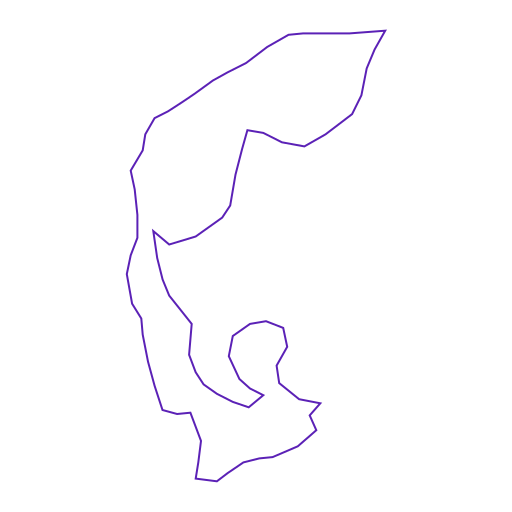 the district of Santalaris, Cyprus
{"feature_id": "46923920B66935539070734", "entity_name": "Santalaris", "entity_type": "district", "adm_level": 2, "iso_a3": "CYP", "parent_name": "Cyprus", "parent_adm1": "", "projection": "natural_earth1", "projection_center": [33.807, 35.206], "detail": "fine", "context": "isolated", "style": "outline", "palette": "violet", "viewbox_px": 512, "rotation_deg": 0, "n_neighbors": 0, "source": "geoboundaries", "source_scale": "gbopen_adm2", "svg_char_len": 1086}
<svg xmlns="http://www.w3.org/2000/svg" viewBox="0 0 512 512"><path d="M320.3,403.3L299.1,399.2L279.2,383.1L276.6,365.6L287.2,346.8L283.2,327.9L266.0,321.2L250.0,323.9L232.8,336.0L228.8,356.2L239.4,379.0L250.0,388.5L263.3,395.2L248.7,407.3L232.8,401.9L216.9,393.8L203.6,384.4L195.7,372.3L189.1,354.8L191.7,323.9L169.2,295.6L162.6,279.5L157.2,258.0L153.3,231.1L169.2,244.5L195.7,236.5L222.2,217.6L230.2,205.5L235.5,174.6L242.1,149.0L247.4,130.2L263.3,132.9L281.9,142.3L304.4,146.4L325.6,134.3L352.1,114.1L361.4,95.3L366.7,68.4L374.6,49.5L385.2,30.7L349.5,33.4L328.2,33.4L303.1,33.4L288.5,34.8L267.3,46.9L246.1,63.0L227.5,72.4L212.9,80.5L194.4,93.9L182.4,102.0L167.9,111.4L154.6,118.1L145.3,134.3L142.7,150.4L130.7,170.6L134.7,189.4L137.4,214.9L137.4,224.4L137.4,237.8L130.7,255.3L126.8,274.1L132.1,303.7L141.3,318.5L142.7,334.6L148.0,361.6L154.6,385.8L162.5,410.0L177.1,414.0L190.4,412.7L201.0,440.9L198.3,462.4L195.7,478.6L216.9,481.3L227.5,473.2L243.4,462.4L259.3,458.4L272.6,457.1L297.8,446.3L316.3,430.2L309.7,415.4L320.3,403.3Z" fill="none" stroke="#5b21b6" stroke-width="2"/></svg>